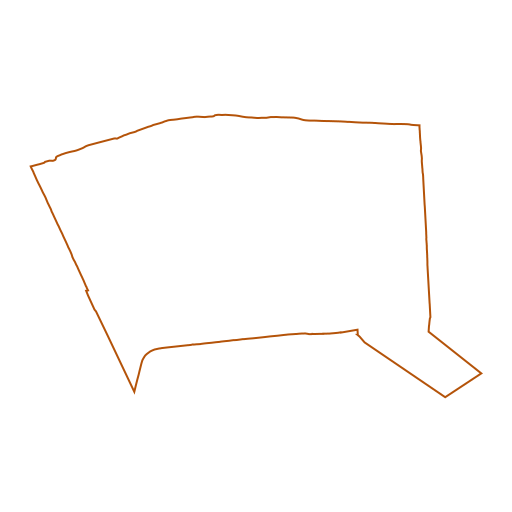 the district of Stede Broec, Noord-Holland, Netherlands
{"feature_id": "6326949B50163313594410", "entity_name": "Stede Broec", "entity_type": "district", "adm_level": 2, "iso_a3": "NLD", "parent_name": "Netherlands", "parent_adm1": "Noord-Holland", "projection": "natural_earth1", "projection_center": [5.224, 52.697], "detail": "fine", "context": "isolated", "style": "outline", "palette": "amber", "viewbox_px": 512, "rotation_deg": 0, "n_neighbors": 0, "source": "geoboundaries", "source_scale": "gbopen_adm2", "svg_char_len": 5935}
<svg xmlns="http://www.w3.org/2000/svg" viewBox="0 0 512 512"><path d="M419.5,125.3L418.6,125.3L415.0,125.1L413.3,125.0L411.2,124.8L409.4,124.4L408.5,124.3L407.5,124.2L404.9,124.1L401.0,124.0L398.2,124.0L395.8,124.0L394.9,124.1L389.4,123.9L384.9,123.6L380.9,123.4L377.5,123.2L375.5,123.0L374.9,123.0L373.0,122.9L372.2,122.8L367.2,122.7L363.6,122.7L359.5,122.5L355.6,122.3L349.8,121.9L348.3,121.9L347.8,121.9L345.6,121.7L344.0,121.6L340.1,121.4L329.8,121.1L323.6,121.0L320.9,120.9L317.1,120.7L314.5,120.6L310.0,120.6L308.1,120.5L305.6,120.3L303.5,120.0L302.0,119.6L299.5,118.8L298.6,118.5L295.6,117.9L293.6,117.6L289.9,117.5L285.9,117.4L281.1,117.3L276.7,117.0L270.5,117.1L266.4,117.8L261.6,117.8L260.3,117.9L258.7,118.0L257.1,118.0L253.7,117.7L251.6,117.5L248.4,117.4L245.9,117.2L242.5,116.7L238.5,115.9L235.7,115.5L233.1,115.3L225.4,114.8L223.6,114.9L221.9,115.0L219.1,114.8L218.1,114.8L217.3,114.9L215.9,115.1L215.4,115.2L214.9,115.3L214.4,115.7L213.9,116.1L213.3,116.3L212.0,116.5L209.2,116.6L207.3,116.8L204.7,117.1L201.4,116.9L198.6,116.7L196.1,116.7L194.0,116.9L192.8,117.2L190.1,117.5L185.4,118.1L181.2,118.6L177.1,119.3L173.7,119.7L171.1,119.9L168.7,120.2L167.2,120.6L166.5,120.9L165.0,121.3L163.7,121.8L163.1,122.1L162.3,122.4L161.7,122.7L161.2,122.7L160.7,122.9L159.9,123.2L158.4,123.6L156.6,124.1L154.7,124.6L153.2,125.0L152.6,125.3L152.0,125.6L151.3,125.9L150.1,126.3L148.2,126.8L145.8,127.7L138.3,130.4L137.2,130.8L135.8,131.6L134.3,132.1L130.7,133.0L129.9,133.2L127.6,134.1L127.0,134.4L125.9,134.8L124.8,135.1L123.8,135.4L122.1,136.3L119.5,137.4L118.5,137.9L117.4,138.5L117.0,138.6L116.6,138.6L115.9,138.5L115.1,138.4L114.3,138.5L113.7,138.6L109.9,139.6L98.8,142.5L90.5,144.7L88.6,145.2L86.4,146.0L85.4,146.5L84.1,147.3L82.6,148.1L79.1,149.5L77.8,150.0L76.0,150.6L74.5,151.0L72.0,151.5L69.3,152.1L65.6,153.1L62.7,154.1L61.3,154.5L60.7,154.9L58.9,155.6L57.6,156.1L56.8,156.6L56.2,157.1L56.0,157.5L55.9,158.3L55.7,159.1L55.5,159.5L55.3,159.8L54.9,160.0L54.1,160.4L53.3,160.7L52.6,160.8L50.4,160.7L49.4,160.7L48.5,160.9L46.0,161.6L45.1,161.8L44.8,162.1L44.6,162.4L44.4,162.6L44.0,162.8L43.4,163.0L42.5,163.3L41.1,163.7L39.8,164.1L38.6,164.4L37.3,164.7L34.7,165.4L32.1,166.1L30.7,166.4L30.8,166.7L31.7,168.7L32.7,170.6L33.3,171.8L33.8,173.2L34.0,173.6L34.9,175.6L36.9,180.2L37.6,181.6L38.2,182.9L39.6,185.6L40.2,186.8L40.7,187.8L41.2,188.9L41.9,190.3L42.4,191.5L43.1,192.9L44.4,195.3L45.2,196.9L45.5,197.5L46.6,200.2L47.9,203.3L48.4,204.2L49.5,206.5L50.2,207.9L50.8,209.1L50.9,209.3L51.1,209.9L51.7,211.7L52.2,212.6L52.7,213.6L53.1,214.5L53.3,214.9L54.0,216.5L54.2,216.9L56.9,222.7L57.6,224.3L58.6,226.1L60.4,230.1L60.7,230.7L62.2,233.7L63.4,236.5L65.8,241.6L67.7,245.8L68.4,247.6L68.8,248.2L70.3,251.3L71.6,254.4L72.0,255.6L72.1,256.1L72.3,256.6L72.4,257.1L72.5,257.2L72.9,258.1L73.7,259.8L73.9,260.1L75.0,262.0L75.7,263.6L76.4,265.1L77.1,266.3L77.9,268.2L78.3,269.1L78.7,270.0L79.9,272.6L80.9,274.8L82.4,277.9L82.6,278.5L82.9,279.0L83.1,279.5L83.5,280.3L84.0,281.5L84.4,282.5L85.3,284.6L85.9,286.1L86.5,287.0L86.8,288.0L88.0,290.4L87.1,290.6L86.3,290.9L86.2,290.9L88.0,295.4L94.5,309.6L94.9,310.1L96.0,311.4L100.0,319.7L107.8,335.9L134.3,391.8L134.9,389.4L135.6,386.4L136.5,382.8L137.4,379.3L137.7,378.2L138.7,374.5L139.4,371.5L139.8,369.9L140.8,365.9L141.4,363.5L142.0,361.5L142.2,360.8L142.5,360.0L143.1,358.9L143.9,357.5L144.1,357.3L144.3,356.8L144.6,356.4L145.3,355.4L146.8,354.0L148.4,352.8L150.3,351.4L152.4,350.4L154.6,349.5L156.9,349.0L158.7,348.6L159.1,348.5L160.2,348.4L161.6,348.1L167.7,347.4L174.2,346.7L187.9,345.2L188.4,345.2L191.0,344.9L193.0,344.4L193.3,344.5L193.6,344.6L196.4,344.3L200.2,344.1L200.6,344.0L201.1,343.9L204.0,343.5L206.7,343.2L211.2,342.8L216.0,342.2L219.4,341.9L221.0,341.6L221.9,341.5L224.6,341.2L228.9,340.8L230.9,340.5L233.0,340.2L233.7,340.1L235.1,340.1L236.7,340.0L240.4,339.5L243.0,339.1L244.3,339.1L248.2,338.7L253.1,338.3L257.9,337.8L264.3,337.1L270.1,336.4L277.7,335.7L284.4,334.9L286.5,334.7L287.1,334.6L288.0,334.5L291.0,334.3L292.9,334.2L295.6,334.0L296.3,334.0L299.3,333.7L301.0,333.6L302.0,333.5L304.3,333.5L305.0,333.4L305.5,333.5L306.2,333.6L307.5,333.8L308.5,334.0L308.9,334.1L309.3,334.1L309.9,334.1L311.5,334.1L311.9,334.0L312.1,334.0L312.5,334.0L312.5,333.9L312.8,333.9L313.3,334.0L313.8,334.0L315.1,334.0L318.5,333.9L321.9,333.9L323.3,333.9L323.3,333.7L324.7,333.7L328.1,333.6L329.3,333.6L331.3,333.4L334.8,333.1L337.9,332.8L339.8,332.5L340.2,332.4L340.7,332.3L340.8,332.6L357.5,329.7L357.8,334.9L357.6,334.9L359.6,336.6L364.6,342.4L445.2,397.2L481.3,373.4L428.6,331.7L429.0,325.8L429.1,325.3L429.2,324.6L429.5,321.5L429.9,318.4L430.4,317.2L429.7,304.1L429.6,303.2L427.6,268.4L427.5,266.2L427.4,265.0L427.4,261.7L427.3,259.0L427.3,258.3L427.2,257.0L427.2,256.5L427.2,256.0L427.2,255.1L427.1,254.2L427.1,253.3L427.1,252.9L427.0,252.4L427.0,251.6L427.0,250.9L426.9,250.4L426.8,248.1L426.8,247.6L426.8,247.1L426.8,245.4L426.7,245.0L426.7,243.9L426.6,243.1L426.5,241.6L426.4,240.4L426.3,239.4L426.3,238.9L426.3,238.6L426.4,237.5L426.3,236.1L426.3,235.3L426.2,233.9L426.2,233.2L426.2,232.3L424.8,206.8L424.6,204.4L423.2,178.2L423.2,177.9L423.2,177.5L423.1,176.0L423.1,175.5L423.0,175.0L423.0,174.2L422.9,173.8L422.8,173.5L422.7,172.8L422.6,172.3L422.6,171.7L422.5,171.1L422.5,170.6L422.5,170.0L422.4,168.6L422.3,167.9L422.2,166.8L422.2,166.1L422.1,165.5L422.0,163.9L421.9,163.3L421.9,162.5L421.8,162.1L421.8,161.5L421.8,160.2L421.9,158.5L421.8,157.4L421.7,156.1L421.6,155.4L421.3,153.5L421.2,153.0L421.1,152.3L421.0,151.7L420.9,151.0L420.9,150.7L421.0,149.6L421.0,149.1L421.0,148.7L421.1,148.2L421.0,147.4L420.9,145.8L420.8,145.1L420.6,143.2L420.5,142.4L420.5,141.8L420.3,140.3L420.1,137.9L420.0,136.1L420.0,135.5L420.0,135.0L419.9,134.3L419.9,133.7L419.9,133.1L419.8,132.4L419.8,131.7L419.8,131.2L419.6,129.3L419.6,128.6L419.5,128.0L419.5,127.5L419.5,126.9L419.5,126.5L419.4,126.2L419.4,125.9L419.5,125.5L419.5,125.3Z" fill="none" stroke="#b45309" stroke-width="2"/></svg>